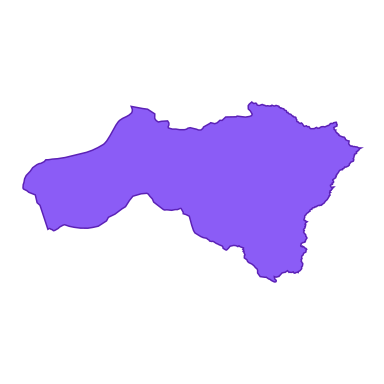 outline of Xamtay, Houaphan, Laos
{"feature_id": "54806243B53408209397741", "entity_name": "Xamtay", "entity_type": "district", "adm_level": 2, "iso_a3": "LAO", "parent_name": "Laos", "parent_adm1": "Houaphan", "projection": "mercator", "projection_center": [104.808, 19.985], "detail": "fine", "context": "isolated", "style": "filled", "palette": "violet", "viewbox_px": 384, "rotation_deg": 0, "n_neighbors": 0, "source": "geoboundaries", "source_scale": "gbopen_adm2", "svg_char_len": 6077}
<svg xmlns="http://www.w3.org/2000/svg" viewBox="0 0 384 384"><path d="M40.0,205.3L47.9,229.3L49.2,228.5L50.0,228.6L51.2,229.4L52.2,229.6L53.4,230.7L54.6,230.5L58.1,228.5L59.7,227.0L63.0,225.2L64.6,224.7L69.3,226.3L74.2,227.3L80.4,228.1L87.8,228.2L92.9,227.4L98.3,226.2L106.5,220.9L108.4,217.3L115.0,214.1L121.9,208.9L125.5,206.7L129.5,200.4L132.9,196.2L141.1,193.8L146.9,193.3L148.2,194.0L150.0,196.4L152.4,199.0L153.7,202.1L163.3,209.5L164.5,210.0L166.9,209.8L171.7,210.3L175.1,209.6L177.4,209.6L180.3,208.4L181.1,208.5L183.2,212.3L183.2,213.7L186.1,214.6L189.3,216.2L191.7,225.1L193.5,230.5L194.9,232.9L200.7,236.5L203.2,237.6L206.8,238.3L207.4,239.1L208.9,239.9L209.6,241.0L211.6,241.5L212.6,241.3L213.6,241.6L216.5,243.6L217.0,243.6L219.0,244.7L221.7,245.8L222.4,246.2L222.9,247.1L223.1,248.3L225.7,249.9L226.6,250.0L228.4,248.3L230.1,246.2L233.8,245.4L236.2,245.7L237.9,246.6L238.6,245.9L239.2,245.9L239.6,246.4L240.5,246.9L243.5,247.9L243.4,248.6L242.8,249.3L243.6,249.8L243.8,250.2L243.1,251.4L243.5,251.8L244.1,251.9L244.1,252.9L245.0,254.9L244.4,255.6L244.3,257.9L246.9,259.8L247.6,261.5L248.8,262.6L251.8,264.0L253.9,265.7L255.6,267.8L256.8,268.6L257.6,270.2L257.6,273.0L260.2,276.6L265.2,277.3L266.2,277.2L268.6,278.9L270.0,279.4L271.4,280.5L273.8,281.7L274.8,282.0L275.8,281.8L276.1,281.5L276.2,280.3L275.0,279.3L274.4,277.7L274.3,276.6L275.2,277.0L276.4,277.1L278.0,276.7L278.4,276.4L278.9,276.5L282.0,273.0L284.2,272.4L285.1,272.4L287.5,270.7L289.0,272.4L289.6,272.1L290.6,272.4L291.9,272.4L293.2,271.9L293.9,272.9L294.9,273.2L296.1,272.5L297.5,272.3L298.2,272.5L298.2,271.7L300.1,270.6L301.6,268.8L301.7,268.4L301.6,266.8L302.4,266.1L302.8,263.8L302.6,263.2L302.0,262.7L301.6,261.6L301.2,261.3L301.5,259.9L301.2,259.3L302.0,258.6L301.6,257.3L301.7,256.7L302.0,255.8L303.0,255.1L303.6,253.3L305.9,252.0L306.1,249.9L306.7,249.3L305.9,248.4L304.9,248.0L303.6,246.6L302.9,246.9L302.2,246.8L302.2,246.1L301.0,246.3L300.7,245.4L301.1,244.6L301.2,243.5L301.8,243.3L302.6,242.6L303.8,242.5L304.5,242.2L304.6,241.8L305.1,241.9L305.6,240.6L305.5,240.2L307.0,238.0L306.4,236.9L305.8,236.4L305.8,235.1L305.4,234.3L304.5,233.6L303.6,232.1L304.3,230.5L303.6,230.1L303.5,229.8L304.0,228.9L305.0,227.9L305.1,227.5L304.9,226.5L305.4,226.3L305.5,225.9L305.7,224.6L305.1,224.3L305.2,223.8L305.9,222.7L307.2,221.7L305.7,221.1L305.3,220.5L304.7,220.6L303.9,219.8L304.4,218.4L304.4,218.0L304.7,217.6L304.7,216.1L305.1,215.4L305.9,214.9L306.2,214.1L307.5,212.8L308.0,212.7L309.1,211.6L309.9,211.3L309.7,210.8L309.9,210.2L311.3,209.2L311.8,209.3L311.9,208.7L312.5,208.0L314.2,207.6L314.6,207.0L315.0,207.1L315.4,206.8L315.9,206.9L316.2,206.5L316.9,206.4L317.4,205.8L318.6,205.4L319.2,205.6L319.5,205.3L321.2,205.3L321.7,204.6L322.0,204.7L323.1,203.7L324.0,203.2L325.5,201.1L327.2,199.6L329.1,196.5L329.0,196.0L330.0,195.3L329.6,192.8L329.7,192.4L330.4,192.3L329.9,191.8L330.0,190.9L331.2,190.3L331.5,189.5L332.2,189.0L332.7,188.1L333.9,187.0L332.9,187.0L332.0,187.7L331.5,187.6L330.4,185.8L330.5,185.1L332.3,184.4L331.9,183.8L332.3,182.9L332.9,183.0L333.6,182.2L333.5,181.1L332.8,180.5L332.7,179.8L335.7,177.7L335.7,176.9L336.2,176.6L336.1,175.4L336.5,174.9L336.9,174.8L337.0,174.1L338.2,172.8L339.2,171.0L339.8,170.3L340.9,169.8L342.4,169.7L342.5,168.8L342.9,168.9L343.9,168.4L344.5,167.1L345.9,167.1L348.2,166.1L349.3,165.1L349.4,163.8L349.9,163.5L350.8,162.2L353.4,161.1L353.8,159.7L353.2,158.8L353.7,158.1L354.3,155.4L354.6,155.0L354.4,154.6L354.7,154.1L355.7,153.8L356.6,153.2L356.7,152.8L356.3,152.2L356.4,151.7L357.9,151.0L358.0,150.5L358.9,150.0L359.8,148.6L361.0,148.0L358.7,147.9L357.2,147.0L355.3,146.8L354.2,146.5L353.1,146.6L351.9,145.9L351.5,146.2L350.4,145.9L349.3,144.7L348.7,143.7L349.1,141.0L347.4,140.6L346.0,139.9L345.4,139.2L345.2,138.2L344.5,137.7L344.0,137.0L343.1,137.1L340.2,136.0L338.8,135.2L338.9,134.5L338.1,133.8L337.3,133.6L337.1,133.3L337.1,132.9L336.2,132.2L335.6,131.4L335.5,130.3L335.7,130.1L334.7,129.9L334.1,129.4L334.1,128.2L333.8,127.5L337.0,125.9L336.9,125.0L337.1,124.4L336.6,123.9L336.5,122.7L336.2,122.2L333.7,122.7L332.8,123.5L331.2,123.4L330.3,123.6L329.9,124.3L328.6,125.5L327.9,125.5L324.9,126.9L323.5,126.6L321.7,126.7L320.4,127.2L319.4,128.2L318.5,128.1L317.9,128.4L317.2,128.0L316.7,127.4L315.3,127.9L314.6,128.6L310.8,128.7L310.1,128.3L309.0,126.6L307.4,126.7L306.4,125.8L304.3,126.4L303.8,126.0L302.2,123.6L301.6,123.1L301.2,122.9L300.4,123.5L299.4,123.2L297.9,121.7L297.3,121.8L297.0,121.5L296.7,121.0L296.8,119.8L296.0,118.6L295.9,117.5L295.6,117.2L293.4,116.8L293.1,116.1L292.5,116.1L290.8,114.3L289.0,113.8L288.1,113.0L288.0,112.4L286.8,112.4L286.3,110.7L285.8,110.4L285.0,110.3L284.2,109.7L283.8,108.8L282.0,108.4L281.1,107.9L280.8,108.2L280.2,107.7L279.5,107.4L279.0,107.0L279.1,106.5L278.7,106.2L276.0,105.4L274.8,106.0L273.2,105.8L272.0,105.2L271.6,105.3L271.0,106.1L270.4,105.8L269.8,106.1L267.5,105.7L267.0,105.9L265.9,105.9L265.5,105.8L264.7,105.2L264.1,105.4L262.6,104.5L262.0,104.7L261.5,104.6L259.9,105.4L258.7,105.4L257.3,105.1L256.9,104.6L256.8,104.0L255.9,103.1L253.7,103.5L253.3,103.1L252.5,102.8L251.8,102.0L249.2,104.2L248.2,105.7L248.3,109.0L250.3,110.9L252.2,114.1L251.6,115.6L249.7,116.4L245.4,117.1L237.1,116.1L236.1,116.8L225.7,117.0L222.1,120.4L219.9,120.3L217.2,122.8L214.8,123.7L210.7,122.7L209.9,123.4L203.5,127.0L202.8,128.5L200.9,130.0L198.5,130.0L196.5,129.2L190.2,127.7L187.9,128.2L186.5,129.2L184.4,129.7L179.7,129.7L176.0,129.1L172.5,129.1L169.9,128.4L168.4,127.9L168.1,126.8L168.9,125.0L168.9,123.0L167.6,120.9L161.3,121.3L158.3,122.0L156.1,120.5L154.7,118.4L154.8,113.9L147.6,109.2L142.5,108.5L131.2,106.4L132.3,109.3L132.3,111.2L131.6,112.9L129.2,115.0L126.6,116.5L122.6,118.4L119.6,120.4L118.4,121.6L116.0,125.0L110.1,135.6L106.7,141.0L104.4,143.6L103.3,144.5L97.9,147.6L92.2,150.3L86.6,152.3L65.2,157.5L57.6,158.7L52.5,159.1L48.6,159.7L45.8,159.8L44.3,161.6L40.8,163.4L39.2,163.6L37.0,164.6L32.7,167.7L30.3,171.2L26.2,175.5L24.6,178.8L24.0,182.3L23.2,184.7L23.0,188.0L23.5,189.0L26.9,190.7L28.8,192.3L35.3,194.9L37.1,202.7L40.0,205.3Z" fill="#8b5cf6" stroke="#5b21b6" stroke-width="1.5"/></svg>